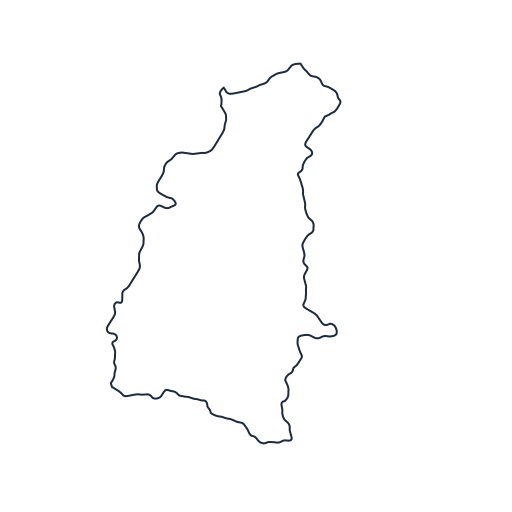 Jarabacoa, La Vega, Dominican Republic (Natural Earth projection), rotated 121°
{"feature_id": "3306468B89107795210133", "entity_name": "Jarabacoa", "entity_type": "district", "adm_level": 2, "iso_a3": "DOM", "parent_name": "Dominican Republic", "parent_adm1": "La Vega", "projection": "natural_earth1", "projection_center": [-70.715, 19.099], "detail": "fine", "context": "isolated", "style": "outline", "palette": "slate", "viewbox_px": 512, "rotation_deg": 121, "n_neighbors": 0, "source": "geoboundaries", "source_scale": "gbopen_adm2", "svg_char_len": 6116}
<svg xmlns="http://www.w3.org/2000/svg" viewBox="0 0 512 512"><g transform="rotate(121 256 256)"><path d="M145.6,363.2L147.2,359.9L149.6,355.6L150.7,354.3L154.0,352.1L155.0,351.6L159.8,350.3L162.9,348.8L164.8,348.3L167.6,348.1L183.9,348.2L187.3,348.5L188.6,348.9L189.7,349.4L192.5,351.3L193.7,352.5L195.7,355.8L200.7,362.1L201.4,363.3L205.2,372.3L206.4,374.1L208.3,376.1L209.4,376.9L210.6,377.4L216.6,378.4L221.0,380.4L223.1,380.8L225.8,380.7L227.8,380.2L230.9,378.7L232.8,378.2L235.6,378.0L242.7,378.1L245.5,377.8L247.2,377.1L250.4,374.9L251.1,373.8L251.5,372.6L251.7,370.4L251.7,368.2L251.4,362.9L250.9,360.8L250.0,358.1L250.0,356.9L250.3,355.9L251.0,353.8L251.8,352.4L252.6,351.7L253.7,351.6L254.7,352.0L257.1,353.8L259.2,355.1L260.1,355.9L260.8,356.9L261.6,358.7L262.0,363.0L262.3,364.3L262.9,365.4L263.4,365.8L263.9,366.1L265.0,366.5L270.3,366.8L272.2,367.2L277.5,370.0L280.0,371.6L281.8,372.3L285.2,372.7L288.6,372.5L290.5,371.9L291.9,370.8L292.9,369.3L294.0,366.9L295.0,365.2L296.7,363.0L298.8,361.3L303.5,358.8L304.7,358.4L306.7,358.1L312.1,357.8L314.1,357.4L319.3,354.5L320.4,353.8L323.9,350.6L325.0,350.0L326.3,349.5L328.3,349.3L330.4,349.2L347.4,349.5L350.0,350.0L353.1,351.5L354.8,351.8L356.5,351.5L363.0,347.8L363.9,347.4L364.4,347.4L365.4,347.6L366.1,348.3L366.9,350.6L367.4,351.5L368.3,352.1L369.9,352.4L371.1,352.2L372.2,351.7L373.2,350.9L376.2,348.2L377.3,347.5L378.5,347.0L380.3,346.8L382.3,346.7L391.9,347.0L393.2,346.9L394.5,346.7L395.1,346.4L396.1,345.7L396.8,344.8L397.4,343.6L397.5,342.3L397.3,341.1L396.1,338.5L395.8,337.3L395.8,336.7L395.9,335.4L396.1,334.8L396.8,333.8L397.7,333.1L398.8,332.7L399.9,332.7L401.0,333.1L403.1,334.3L404.1,334.4L404.6,334.3L405.5,333.7L407.0,331.3L408.3,329.8L409.7,328.2L410.7,327.4L416.5,324.2L419.3,323.3L420.3,322.9L421.1,322.2L422.6,319.9L423.5,319.1L424.4,318.5L425.5,318.0L429.0,317.0L431.6,315.7L432.7,315.3L435.2,314.9L439.8,314.9L442.4,312.0L442.5,304.0L442.9,301.2L443.8,298.0L443.8,296.8L443.6,296.2L443.0,295.1L442.2,294.0L437.9,289.3L436.1,287.1L435.0,285.3L433.6,282.3L430.5,277.8L430.0,276.5L429.9,275.2L430.0,274.0L430.7,272.0L430.8,270.9L430.5,269.7L429.6,268.1L428.2,266.6L426.5,265.5L424.6,265.1L420.3,265.0L418.5,264.8L417.5,264.4L416.7,263.5L416.2,262.4L415.5,259.4L414.4,256.5L414.2,255.3L414.3,253.4L415.0,250.8L415.1,250.3L414.9,249.2L413.2,244.6L411.6,241.2L410.4,235.8L408.9,232.3L407.8,228.1L406.8,226.5L406.4,225.6L406.4,224.4L406.5,223.9L407.0,222.8L408.1,221.6L410.1,220.0L410.6,219.0L411.6,216.4L412.2,215.6L413.5,214.3L413.9,213.3L414.0,212.8L413.7,209.2L413.3,207.2L412.9,205.9L411.6,203.0L410.4,197.7L409.0,194.2L408.6,192.2L407.9,186.6L406.6,183.2L406.2,181.3L406.6,179.3L408.9,174.2L411.5,170.3L412.3,168.6L412.4,167.5L411.7,164.9L411.6,163.7L412.0,161.9L413.1,159.1L413.4,157.8L413.5,156.4L413.4,155.1L412.8,153.2L411.7,151.7L409.6,150.0L408.8,149.2L406.5,145.0L405.2,142.0L404.2,140.5L402.9,139.3L400.8,138.0L399.5,136.8L398.6,135.3L397.6,133.1L396.6,131.8L395.8,131.3L394.6,131.2L394.1,131.4L393.1,132.1L388.3,137.1L387.2,137.9L385.1,139.1L383.8,140.3L383.1,141.3L382.6,142.5L381.8,146.4L381.4,147.7L380.7,148.9L379.4,150.5L377.4,152.4L374.1,154.3L370.7,157.3L369.7,158.0L368.6,158.3L367.6,158.2L366.8,157.8L365.4,156.6L363.8,156.2L361.4,156.0L360.1,156.2L358.9,156.5L353.7,159.4L352.6,160.2L350.3,162.7L347.6,166.8L346.6,167.3L345.5,167.6L343.6,167.7L341.8,167.4L340.6,167.0L338.1,165.7L337.1,165.4L335.4,165.4L333.5,166.0L332.6,166.2L331.7,166.0L329.2,165.0L328.0,164.8L324.8,164.6L319.5,164.5L318.6,164.9L317.7,165.5L315.8,168.4L314.1,170.5L310.5,174.6L309.4,175.4L308.4,176.1L304.9,177.8L303.9,177.9L302.8,177.6L301.3,176.5L299.5,174.6L297.8,172.4L296.8,170.6L296.2,168.6L295.9,163.7L295.6,162.4L295.1,161.2L294.4,160.2L293.1,159.0L291.1,157.8L289.8,156.6L288.7,155.2L287.7,152.7L287.1,151.5L285.9,149.8L284.5,148.3L283.4,147.5L282.2,147.0L281.0,147.0L280.4,147.2L279.2,147.8L278.2,148.6L276.4,150.7L275.4,152.6L275.2,154.0L275.2,155.9L275.6,157.1L276.3,158.0L278.0,159.2L279.1,160.4L279.6,161.5L279.8,162.1L279.8,163.5L279.3,165.3L275.9,172.6L275.5,173.9L275.2,175.4L275.1,177.6L275.2,185.2L275.1,187.3L274.9,188.6L274.3,189.7L273.3,190.3L272.2,190.6L269.3,190.9L267.5,191.2L261.7,194.2L259.2,195.8L257.0,196.9L256.0,197.6L250.8,202.9L249.8,203.8L248.7,204.4L246.8,204.9L241.3,205.1L239.8,205.7L239.3,206.0L238.8,207.0L237.9,210.5L237.3,211.5L236.5,212.4L235.0,213.3L231.5,214.3L229.9,215.1L228.4,216.4L224.7,220.3L223.7,221.2L222.6,221.9L221.4,222.3L219.5,222.5L216.3,222.6L213.0,222.4L210.6,221.9L207.5,220.3L206.4,220.0L205.2,220.0L204.1,220.2L199.5,222.7L198.6,223.5L197.5,225.0L197.0,226.2L196.3,230.1L195.8,231.4L194.7,233.1L193.0,235.3L191.2,237.2L189.7,238.6L188.6,239.3L186.4,240.4L184.9,241.6L179.2,247.2L178.1,248.0L175.4,249.5L173.9,250.8L169.6,255.5L166.9,258.7L165.0,261.7L164.6,262.1L163.7,262.4L162.6,262.3L159.9,261.0L158.2,260.9L157.1,261.1L154.6,262.4L153.4,262.7L150.9,263.0L148.3,263.0L146.4,262.8L145.2,262.5L141.7,260.6L140.5,260.4L139.3,260.7L138.8,260.9L137.9,261.7L137.0,263.3L136.6,265.2L136.4,269.1L136.0,270.2L135.7,270.7L135.3,271.2L134.2,271.6L133.0,271.8L131.1,271.9L118.6,271.5L115.9,270.9L112.8,269.3L110.8,268.8L106.7,268.5L101.1,268.8L97.2,266.1L94.9,265.0L92.4,263.4L91.3,262.9L89.9,262.7L87.9,262.4L83.2,262.4L81.4,262.6L80.3,263.1L79.8,263.5L79.2,264.4L78.5,266.5L78.0,267.4L76.1,269.1L75.0,270.5L74.4,271.6L74.0,273.0L73.8,274.5L73.8,279.1L74.0,281.3L74.3,282.7L75.0,284.8L75.1,285.9L75.0,286.5L74.6,287.6L72.1,291.4L71.6,292.7L71.4,294.0L71.4,295.4L71.6,296.8L72.0,298.0L72.9,300.2L73.2,301.4L73.2,302.7L72.8,304.5L71.7,307.4L71.0,310.7L70.6,312.0L68.2,317.0L70.8,320.7L72.1,322.0L73.5,323.2L75.2,323.8L80.2,324.4L81.9,325.1L83.5,326.3L87.6,330.8L89.1,332.1L94.4,335.1L96.1,335.7L101.1,336.2L102.8,336.9L104.3,338.0L107.5,340.9L110.2,342.5L111.1,343.2L115.3,346.9L118.0,348.4L119.5,349.5L121.7,351.7L128.3,359.0L129.5,360.5L130.5,362.1L130.9,363.8L130.8,365.4L130.3,366.6L129.1,368.7L128.4,370.3L130.1,370.9L131.9,371.2L133.7,371.2L134.8,371.0L135.8,370.4L136.2,370.0L137.7,367.8L139.4,366.2L144.0,363.7L145.6,363.2Z" fill="none" stroke="#1e293b" stroke-width="2"/></g></svg>